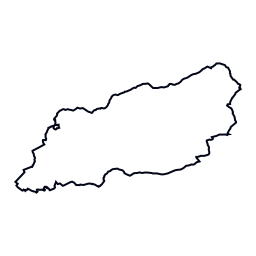 outline of Eremitu, Mures, Romania
{"feature_id": "2599482B4577916371585", "entity_name": "Eremitu", "entity_type": "district", "adm_level": 2, "iso_a3": "ROU", "parent_name": "Romania", "parent_adm1": "Mures", "projection": "equal_earth", "projection_center": [24.922, 46.656], "detail": "fine", "context": "isolated", "style": "outline", "palette": "ink", "viewbox_px": 256, "rotation_deg": 0, "n_neighbors": 0, "source": "geoboundaries", "source_scale": "gbopen_adm2", "svg_char_len": 5737}
<svg xmlns="http://www.w3.org/2000/svg" viewBox="0 0 256 256"><path d="M87.6,183.8L89.6,183.5L90.7,183.7L92.0,184.2L92.4,183.8L93.3,184.1L95.0,184.7L98.4,186.7L98.8,186.6L98.8,186.2L99.4,186.3L99.8,186.2L100.6,185.2L100.9,185.2L101.4,184.8L101.5,184.6L102.1,184.0L103.6,181.9L104.1,181.3L104.2,180.3L103.6,179.9L103.6,178.8L103.5,177.9L104.2,177.3L104.1,176.2L104.8,175.6L104.9,175.0L105.1,174.6L107.0,173.5L108.2,171.6L110.4,171.0L111.0,170.1L112.7,169.2L115.4,168.8L116.1,168.8L116.8,168.8L117.5,168.6L119.1,169.5L122.3,170.2L124.0,171.8L124.4,173.1L126.5,174.3L129.9,175.7L130.6,175.4L134.0,173.2L137.1,173.0L139.7,172.4L141.1,172.9L143.4,172.9L144.2,172.6L146.5,172.5L151.7,173.0L153.2,173.5L155.1,173.4L156.8,173.4L161.6,174.4L163.8,174.3L167.8,173.4L174.5,170.5L176.4,170.0L180.6,169.5L181.4,169.2L183.4,168.1L186.2,165.8L189.0,165.4L191.3,164.5L193.0,164.6L194.1,164.4L196.6,162.3L197.1,162.1L199.5,161.5L196.3,157.5L196.3,156.9L197.2,157.0L200.3,156.1L200.9,155.8L203.9,155.9L206.0,155.4L207.9,154.8L208.9,154.1L209.3,153.2L209.2,151.5L208.7,149.5L209.0,147.6L208.8,146.8L207.7,144.9L207.6,144.1L207.2,142.6L206.8,141.8L206.7,140.7L206.8,140.4L209.4,139.6L209.9,139.7L210.7,139.9L212.1,139.5L212.5,139.3L212.8,139.0L212.9,138.8L212.7,138.6L212.7,138.2L211.9,137.1L216.5,135.9L219.6,134.5L221.3,134.6L225.2,134.5L226.0,134.6L227.2,135.0L227.3,134.8L228.1,134.3L228.8,134.2L227.7,133.7L227.8,133.6L227.7,132.8L228.4,131.7L229.5,129.6L230.4,128.6L230.6,127.8L230.6,127.4L230.7,127.1L231.0,126.8L231.4,126.5L236.0,122.6L236.1,122.3L235.9,121.4L235.6,121.1L235.2,120.5L235.0,119.8L234.6,117.0L232.6,113.2L233.0,112.3L232.7,111.3L231.6,108.8L230.9,108.3L230.8,108.0L229.5,107.4L227.1,105.6L227.7,104.3L230.1,104.0L230.0,103.1L230.6,101.0L231.5,99.4L232.3,97.7L232.7,97.6L233.1,96.9L234.9,94.6L235.2,94.2L235.6,92.8L237.1,91.7L238.7,90.4L240.6,89.2L240.4,88.9L240.5,88.7L240.4,88.3L240.2,88.0L239.4,88.0L239.2,87.8L239.3,87.4L239.8,87.0L239.8,86.8L239.7,86.3L240.3,85.5L240.3,85.0L240.0,84.7L239.7,84.4L239.1,84.1L238.2,83.9L237.8,83.6L237.2,82.5L236.9,82.2L236.4,81.8L235.3,80.7L234.8,80.4L234.2,79.8L234.0,79.6L233.1,79.6L232.4,78.5L231.9,77.9L230.6,75.8L230.5,75.2L230.4,75.0L230.4,73.7L230.0,73.2L229.9,72.5L230.0,71.4L228.1,67.7L226.2,67.1L224.9,65.1L219.9,63.4L216.4,63.5L215.2,64.9L214.0,65.6L213.5,66.3L211.5,67.1L211.1,68.2L207.4,66.6L206.3,67.2L205.1,68.1L203.1,68.9L202.1,69.7L201.6,70.4L200.8,70.9L199.4,72.2L197.4,73.0L196.0,73.7L193.6,74.1L191.8,74.8L190.3,75.7L187.5,77.6L184.2,78.7L183.3,79.1L182.0,80.0L181.4,80.9L180.6,81.8L178.3,83.5L176.5,83.9L175.9,84.3L175.0,84.8L173.9,84.8L173.5,84.6L172.6,84.6L171.8,84.1L170.3,83.9L169.5,84.0L169.0,85.0L168.3,85.4L168.0,86.2L164.2,87.4L161.3,87.1L157.6,88.0L153.1,88.0L151.9,86.9L149.4,84.5L147.8,83.4L145.3,83.9L143.1,83.9L142.4,84.0L141.8,84.6L140.5,85.1L140.0,85.3L139.5,85.6L138.6,85.7L137.5,86.1L136.3,87.3L135.6,87.9L134.7,87.7L134.2,87.7L132.8,88.3L130.4,89.9L129.7,90.1L126.6,91.5L125.1,91.6L124.5,92.0L124.0,92.5L123.1,92.7L120.6,93.6L119.7,94.0L118.1,95.0L117.6,95.1L116.1,94.7L115.6,94.7L114.9,94.7L114.2,94.8L113.0,95.4L111.8,96.5L111.6,96.7L111.5,97.4L111.4,97.6L110.8,98.6L109.6,100.4L109.4,100.9L109.3,102.3L109.1,102.8L108.3,103.6L107.9,105.1L107.7,105.5L106.0,107.5L104.4,108.4L104.0,108.4L103.0,108.3L101.7,107.9L100.4,108.3L100.5,108.6L100.4,108.7L99.7,108.5L99.0,108.6L97.0,108.9L96.3,109.4L95.7,110.1L95.4,110.1L95.2,110.0L94.8,110.0L94.1,110.4L92.8,111.7L92.2,112.6L91.8,112.9L91.1,112.7L90.1,112.2L88.5,111.8L85.7,110.0L84.6,109.2L82.7,108.0L81.3,108.4L79.8,108.5L77.4,107.7L75.8,109.0L74.7,109.7L73.4,110.5L72.4,110.4L71.3,110.0L69.0,109.6L67.9,109.2L67.4,109.3L65.5,109.9L64.7,109.7L63.9,109.2L63.2,109.2L62.6,109.4L61.6,109.9L60.9,110.4L60.1,110.6L59.6,110.9L59.1,111.5L57.8,112.8L57.1,113.5L57.1,113.9L57.2,114.5L56.9,115.5L56.6,116.0L54.2,118.7L54.0,119.1L54.4,120.0L55.1,119.6L55.2,119.8L55.3,121.7L55.5,122.5L55.5,123.2L55.0,124.5L55.3,124.9L56.5,125.1L58.6,124.7L58.7,126.7L59.2,127.8L57.3,128.3L57.0,128.2L56.8,128.7L56.0,129.3L55.7,129.5L55.4,129.4L53.9,128.6L53.6,128.1L53.7,127.0L53.8,126.5L54.1,126.1L53.8,125.7L53.0,125.9L53.0,126.0L52.8,126.4L51.8,126.4L51.8,126.5L51.4,126.7L50.7,126.7L50.2,127.2L49.7,127.3L49.6,127.5L49.4,127.7L48.7,127.7L48.3,127.9L48.3,128.2L48.4,128.6L48.3,128.9L47.8,129.5L47.5,130.5L47.0,131.2L46.9,131.6L46.9,132.0L46.1,133.4L45.9,133.8L45.5,134.1L45.4,134.6L45.6,135.0L45.6,137.4L46.2,138.8L46.1,139.2L45.8,139.5L45.8,140.1L43.1,140.0L42.8,141.1L43.2,142.7L44.3,144.5L38.5,147.7L32.5,150.8L32.8,152.4L33.4,153.2L33.8,154.1L33.8,154.9L34.1,156.2L34.9,157.4L35.0,158.2L34.8,158.4L34.4,159.8L34.6,160.3L34.9,161.1L34.9,161.5L34.2,162.4L34.0,163.3L32.8,165.7L32.6,165.6L32.1,166.9L31.5,166.8L23.6,169.9L24.5,172.3L15.4,181.9L17.7,183.8L16.4,185.5L17.9,187.4L22.4,190.6L22.8,190.5L23.7,189.6L25.1,190.8L25.2,190.5L25.1,190.0L25.3,189.9L26.1,190.3L26.3,190.3L26.7,190.1L27.2,189.6L27.5,188.9L27.7,188.7L28.1,189.0L28.7,189.2L29.6,189.6L30.7,190.3L32.2,191.0L32.8,191.2L35.1,191.7L35.7,192.0L36.0,192.3L36.5,192.6L37.5,191.6L37.2,191.2L36.9,189.7L37.2,189.5L38.3,189.5L39.1,189.8L39.8,189.7L42.5,189.8L43.0,190.0L43.5,190.4L44.6,190.5L44.8,190.3L45.0,189.8L43.9,189.0L43.7,188.8L43.7,188.6L43.9,188.0L44.6,186.9L45.0,187.1L45.9,186.7L46.0,186.7L46.7,187.9L46.8,187.9L47.1,187.4L47.3,187.3L47.5,187.4L48.2,188.6L48.8,188.7L49.1,188.9L49.7,189.8L49.7,190.2L50.2,190.2L53.9,188.6L54.3,188.3L55.0,187.4L54.6,186.3L54.6,185.4L55.0,184.9L55.0,184.5L55.4,183.4L55.7,183.2L56.0,182.0L57.7,184.1L59.8,183.5L60.5,183.8L62.7,185.8L63.9,185.4L70.7,182.0L72.2,181.7L73.1,182.2L74.2,182.7L76.3,185.1L77.6,185.0L78.7,185.1L79.8,185.1L80.2,184.6L80.3,184.6L83.6,185.0L87.6,183.8Z" fill="none" stroke="#020617" stroke-width="2"/></svg>